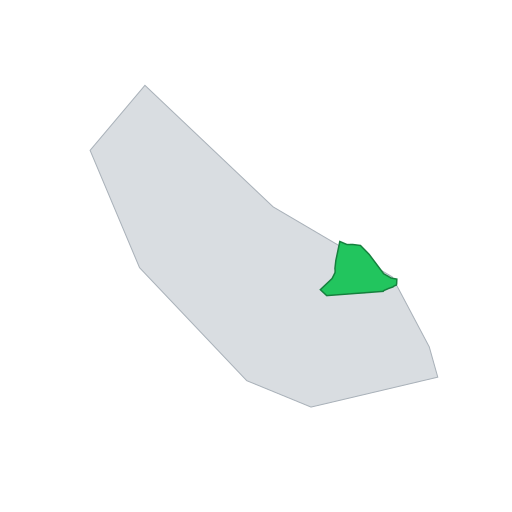 location of Saint Peter within Dominica, rotated 145°
{"feature_id": "DMA-1441", "entity_name": "Saint Peter", "entity_type": "Parish", "adm_level": 1, "iso_a3": "DMA", "parent_name": "Dominica", "parent_adm1": "", "projection": "robinson", "projection_center": [-61.46, 15.5], "detail": "fine", "context": "in_parent", "style": "filled", "palette": "green", "viewbox_px": 512, "rotation_deg": 145, "n_neighbors": 0, "source": "natural_earth", "source_scale": "10m", "svg_char_len": 699}
<svg xmlns="http://www.w3.org/2000/svg" viewBox="0 0 512 512"><g transform="rotate(145 256 256)"><path d="M331.3,437.7L249.1,459.5L213.8,286.4L156.4,160.8L166.2,82.2L176.6,52.5L297.6,100.7L335.1,159.2L358.1,313.2L331.3,437.7Z" fill="#d9dde1" stroke="#a8b0b8" stroke-width="1"/><path d="M179.0,219.8L174.9,213.2L170.1,209.9L164.4,204.7L162.4,192.5L161.6,168.2L158.0,160.5L153.9,156.3L156.8,152.5L157.1,152.2L157.8,151.7L159.8,152.2L160.3,152.2L161.1,152.1L161.9,152.2L166.4,153.5L166.8,153.5L170.6,154.3L171.2,154.3L171.8,154.3L172.1,154.1L220.8,183.0L222.6,191.5L206.6,193.9L200.7,197.1L199.4,198.9L198.5,200.5L193.2,206.5L179.0,219.8Z" fill="#22c55e" stroke="#15803d" stroke-width="1.5"/></g></svg>